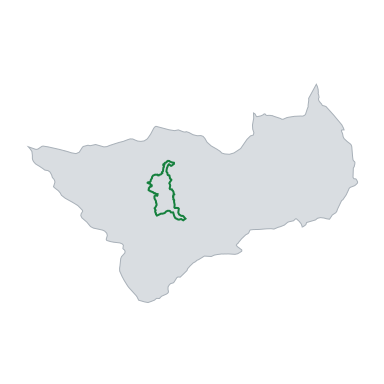 Bria, Haute-Kotto, Central African Republic shown in context, rotated 182°
{"feature_id": "33826404B18938631147464", "entity_name": "Bria", "entity_type": "district", "adm_level": 2, "iso_a3": "CAF", "parent_name": "Central African Republic", "parent_adm1": "Haute-Kotto", "projection": "mercator", "projection_center": [22.039, 6.617], "detail": "fine", "context": "in_parent", "style": "outline", "palette": "green", "viewbox_px": 384, "rotation_deg": 182, "n_neighbors": 0, "source": "geoboundaries", "source_scale": "gbopen_adm2", "svg_char_len": 6187}
<svg xmlns="http://www.w3.org/2000/svg" viewBox="0 0 384 384"><g transform="rotate(182 192 192)"><path d="M271.7,139.6L275.5,140.6L276.1,141.8L275.1,145.5L275.8,147.9L277.9,149.9L280.1,150.8L282.1,151.2L289.3,152.5L292.2,153.9L296.1,158.3L301.1,162.3L302.3,164.5L302.0,166.4L300.6,168.8L300.8,169.8L303.1,172.1L305.7,174.5L310.4,177.2L318.6,181.4L322.4,184.2L323.6,186.4L325.7,188.7L328.7,190.8L330.6,192.4L329.3,197.1L329.7,198.6L330.4,199.9L332.1,201.7L332.8,204.0L334.5,206.9L336.5,208.3L339.9,208.8L341.7,210.1L345.4,212.4L349.0,214.4L350.5,215.8L351.5,217.0L352.3,218.5L352.7,219.9L352.8,223.0L353.4,226.9L355.3,229.5L357.2,231.5L349.8,229.2L348.7,229.2L347.4,229.6L343.6,232.4L342.4,232.7L337.5,232.1L325.8,229.9L316.8,227.8L314.1,227.0L309.3,226.3L306.1,227.8L303.2,232.7L302.3,233.7L297.6,235.1L295.4,234.7L290.0,236.1L281.6,234.0L278.6,234.4L276.3,235.5L270.3,237.7L266.6,239.0L262.4,240.2L258.4,241.9L255.7,242.9L253.0,242.9L250.6,241.9L248.0,241.0L244.9,240.8L241.6,241.4L238.8,243.3L237.7,244.7L235.3,248.5L232.4,254.5L231.3,255.8L230.3,256.4L217.2,253.4L211.6,252.7L207.8,253.6L203.0,251.9L200.9,251.6L200.0,252.1L197.3,251.4L193.0,249.3L188.8,248.4L185.1,248.7L182.9,248.0L181.0,246.0L178.7,242.3L174.4,238.7L168.7,235.7L165.1,233.5L163.7,232.0L160.7,231.2L155.9,231.0L151.4,232.5L144.9,237.1L138.9,246.5L135.5,250.1L132.8,251.0L132.2,253.3L133.5,256.9L133.9,261.0L132.9,268.0L133.3,273.1L131.8,272.3L130.4,269.9L129.8,269.5L125.8,270.5L123.8,271.5L122.7,272.5L121.8,272.6L120.6,271.3L119.6,271.1L118.0,271.3L116.4,271.3L115.4,271.1L114.7,271.2L112.8,270.5L105.9,268.5L104.8,267.8L103.4,267.9L99.9,269.6L98.0,270.1L92.3,271.2L86.3,271.7L83.9,271.7L82.3,272.5L81.3,273.5L79.4,280.0L78.9,281.1L79.0,282.8L78.5,288.0L78.7,289.6L71.5,304.0L70.3,301.6L69.5,298.8L69.2,295.6L69.4,294.7L68.9,293.8L68.3,291.1L68.9,289.5L68.4,287.7L67.0,285.9L65.7,284.6L65.0,283.4L64.4,282.9L63.0,282.7L61.1,282.1L53.0,273.7L44.6,264.3L42.9,261.2L42.2,259.4L44.3,259.2L44.8,258.9L44.8,258.1L43.6,255.7L42.9,252.6L41.9,250.7L38.6,247.8L35.5,245.6L34.5,244.5L33.9,242.8L32.7,232.6L32.2,229.7L31.2,228.4L30.5,227.9L30.2,227.1L30.3,225.3L30.7,223.7L30.7,223.1L31.6,221.6L31.6,212.2L30.6,210.9L28.7,210.8L27.7,209.5L26.8,207.7L27.1,206.5L28.9,204.6L30.1,203.8L33.7,202.3L34.7,201.6L35.3,200.6L35.7,199.4L37.8,194.5L40.9,189.6L42.2,188.6L45.3,181.5L46.1,179.6L46.6,177.8L47.6,176.3L51.0,173.9L53.6,169.6L56.3,169.9L59.2,170.6L62.8,170.9L65.7,170.1L67.6,168.4L76.4,165.5L77.1,163.3L78.5,162.1L80.1,161.0L80.7,160.9L80.8,161.6L81.8,164.0L83.8,166.4L86.8,168.9L87.6,168.8L89.5,166.8L94.1,165.6L95.3,165.1L98.5,162.2L102.5,160.4L104.8,159.7L108.8,157.8L111.6,158.1L116.2,157.8L123.8,156.9L129.3,156.6L132.1,156.2L132.8,155.8L133.9,153.1L134.7,152.3L136.8,151.1L140.8,147.0L143.5,143.5L144.3,142.2L144.8,142.0L145.9,140.5L144.8,139.0L140.3,135.9L140.3,135.5L140.1,134.9L140.3,134.5L142.1,133.2L144.4,131.8L146.9,131.2L153.4,131.4L158.9,131.1L160.2,131.1L164.5,130.4L167.5,129.7L170.5,128.2L177.4,128.4L183.1,124.6L184.7,123.9L185.4,123.3L185.7,122.7L188.3,121.2L191.3,118.1L193.7,115.2L194.3,113.3L200.8,106.5L203.1,106.6L204.2,105.8L206.8,101.3L207.6,100.5L210.2,99.7L211.5,98.3L212.6,96.4L212.6,93.9L212.1,91.9L212.1,91.0L212.7,90.1L213.8,89.2L218.7,86.8L219.9,85.6L220.7,84.5L222.0,84.4L223.5,84.5L224.5,83.8L225.6,82.7L229.0,81.2L232.1,80.0L235.5,80.5L241.5,82.0L243.3,85.3L244.1,86.4L251.5,94.0L253.0,95.8L256.7,101.3L258.9,105.1L261.5,110.4L261.7,113.3L261.4,115.8L260.9,122.9L260.2,124.9L257.0,128.7L256.8,130.4L257.5,131.8L258.5,132.4L259.1,133.1L258.7,136.4L259.9,137.7L262.3,138.6L268.5,139.1L271.7,139.6Z" fill="#d9dde1" stroke="#a8b0b8" stroke-width="1"/><path d="M229.4,186.4L229.3,184.5L228.9,183.6L228.3,182.7L227.7,181.6L227.6,180.0L227.2,179.6L226.9,177.8L228.2,175.1L228.8,174.5L228.5,173.8L227.7,172.5L228.2,171.7L227.8,170.0L227.3,169.6L227.2,168.4L226.2,167.2L222.2,169.3L220.7,169.3L218.6,170.0L217.2,171.6L215.6,172.4L214.1,172.4L213.2,172.1L212.4,170.9L210.1,170.9L209.0,167.5L208.0,165.6L207.2,165.0L206.5,164.9L205.6,164.2L204.1,163.9L202.6,164.4L201.9,164.6L199.8,163.4L197.6,165.1L198.3,165.8L199.5,167.2L200.3,167.8L201.9,167.8L204.1,169.1L205.0,170.9L204.8,173.0L204.6,174.8L205.1,175.4L206.5,175.6L207.3,175.5L208.2,175.4L208.7,175.5L209.1,176.1L209.0,177.0L208.9,178.8L209.1,179.5L209.6,181.6L209.5,183.2L209.7,183.5L210.2,183.7L210.4,183.9L210.4,184.2L210.3,185.2L210.8,186.2L210.8,186.8L210.5,187.0L210.5,187.3L210.7,187.8L210.5,188.3L209.6,188.9L209.7,189.2L209.9,189.4L210.3,189.7L210.4,191.2L210.7,191.7L211.2,192.7L211.8,193.0L212.2,193.9L214.0,194.0L214.3,194.5L214.5,194.9L214.2,196.0L214.0,197.8L214.3,198.7L215.0,200.0L214.3,201.4L213.1,203.1L213.1,203.7L214.2,204.4L214.6,205.0L214.6,205.9L215.1,206.9L215.1,207.7L215.4,207.9L216.7,208.1L217.0,208.5L217.3,210.4L217.9,210.9L218.3,211.6L218.3,211.8L218.1,213.7L217.8,215.3L217.2,216.7L217.0,217.8L216.3,218.2L215.9,218.9L213.9,217.4L213.4,217.5L211.0,219.5L211.1,220.6L213.7,221.0L214.5,221.5L215.2,221.6L215.8,222.2L217.1,222.3L217.4,222.0L217.9,221.8L218.2,221.5L218.5,220.8L219.0,220.5L219.9,220.3L220.8,219.3L220.7,219.0L220.4,218.8L220.4,218.6L220.5,218.4L220.9,218.4L221.3,218.5L221.6,218.5L221.7,218.1L221.6,217.6L221.0,216.8L220.9,216.3L221.1,215.7L221.4,215.4L221.5,215.2L221.5,214.4L221.6,213.8L221.7,212.1L221.9,211.4L222.7,210.8L222.8,210.4L222.8,210.0L222.5,209.7L223.9,208.4L224.8,208.2L225.6,207.8L225.8,207.4L226.5,207.4L227.0,208.1L227.4,208.2L228.5,207.9L229.4,208.1L231.6,207.0L232.5,205.4L232.5,204.4L233.6,202.6L233.7,201.3L234.2,200.8L234.4,200.5L235.7,200.0L236.0,200.2L236.5,200.0L236.7,199.8L236.7,199.6L236.3,199.4L235.8,199.4L235.5,199.4L235.3,199.0L234.6,199.0L234.2,198.9L233.8,198.5L233.7,197.6L232.6,197.5L232.4,196.9L232.6,196.3L233.1,196.1L233.5,195.8L234.3,195.6L234.6,195.3L234.8,194.8L235.3,194.3L235.2,193.7L235.5,192.5L235.1,192.1L234.2,191.8L233.6,191.2L232.9,191.2L232.4,190.9L231.9,190.8L231.5,190.7L231.4,190.4L231.1,190.3L230.7,190.3L230.5,190.1L230.2,189.9L229.9,189.4L229.4,189.3L229.2,189.6L228.8,189.5L227.7,188.8L226.3,188.7L226.4,187.4L226.7,187.0L227.1,187.1L227.5,187.3L228.0,187.3L228.7,187.0L229.4,186.4Z" fill="none" stroke="#15803d" stroke-width="2"/></g></svg>